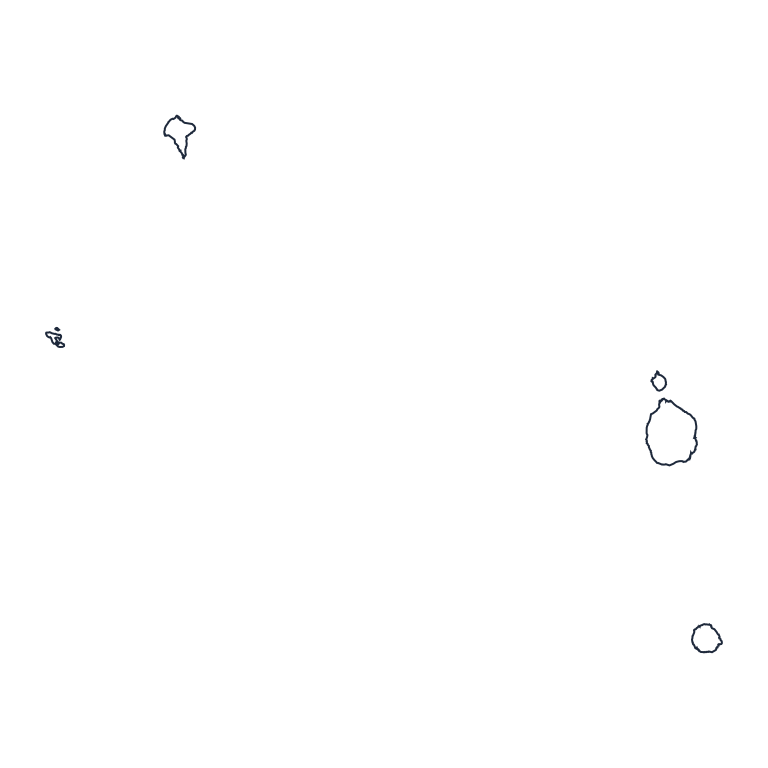 outline of Kota Ternate, Maluku Utara, Indonesia
{"feature_id": "22746128B36781349389855", "entity_name": "Kota Ternate", "entity_type": "district", "adm_level": 2, "iso_a3": "IDN", "parent_name": "Indonesia", "parent_adm1": "Maluku Utara", "projection": "robinson", "projection_center": [127.204, 0.893], "detail": "fine", "context": "isolated", "style": "outline", "palette": "slate", "viewbox_px": 768, "rotation_deg": 0, "n_neighbors": 0, "source": "geoboundaries", "source_scale": "gbopen_adm2", "svg_char_len": 6009}
<svg xmlns="http://www.w3.org/2000/svg" viewBox="0 0 768 768"><path d="M664.2,399.1L664.1,398.7L663.8,398.7L663.6,399.1L662.6,399.0L662.3,399.8L661.6,399.7L661.4,400.1L661.5,400.8L661.0,401.1L660.4,401.8L660.1,401.0L659.8,400.7L659.5,400.9L659.4,402.1L659.8,402.9L659.3,403.6L659.1,404.7L659.4,406.8L659.2,407.3L658.6,408.1L657.3,409.2L656.9,410.2L656.5,410.7L652.7,413.5L651.0,414.2L650.0,419.7L649.7,420.1L649.6,420.9L648.9,422.0L648.9,422.4L648.3,423.3L647.6,423.8L647.8,424.7L647.2,425.8L646.7,427.7L646.6,433.2L646.9,434.1L647.3,434.6L647.4,435.5L646.9,437.7L646.1,439.5L646.7,440.2L646.9,441.3L646.6,441.6L647.0,442.9L646.8,443.3L647.6,443.8L647.8,444.8L648.9,446.0L648.9,447.5L649.6,448.5L649.8,449.5L650.9,450.8L650.7,451.9L651.3,452.7L651.3,454.1L651.8,455.3L651.8,456.0L652.8,458.1L654.5,460.2L656.5,462.2L656.8,462.7L657.5,463.2L657.4,463.8L657.7,463.2L658.2,463.0L662.1,464.6L662.7,464.4L663.5,464.6L665.2,464.5L665.8,464.2L669.5,465.4L673.5,463.7L675.7,462.2L676.8,461.8L679.2,461.2L681.6,461.1L682.4,461.2L683.3,461.9L683.7,461.6L684.8,461.8L686.2,461.4L686.9,460.5L687.7,460.2L687.8,460.0L687.8,459.7L688.2,459.3L688.7,459.0L689.1,459.3L689.2,459.2L688.7,459.0L689.7,458.0L689.8,458.2L690.0,457.6L689.9,457.7L689.8,457.3L690.0,457.0L690.1,457.3L690.3,456.9L690.2,457.1L689.9,457.0L690.1,456.5L690.3,456.8L690.4,456.3L690.3,456.5L690.1,456.4L690.1,456.0L690.4,455.8L690.5,455.2L690.5,454.7L690.9,454.0L691.0,453.1L691.2,453.5L691.4,453.2L691.7,453.6L692.0,453.6L692.1,453.2L693.9,452.1L694.4,451.5L695.0,449.6L695.4,449.7L695.2,450.4L695.6,449.2L695.3,448.7L695.6,446.9L695.9,446.9L695.6,446.9L695.7,446.4L696.2,446.0L696.9,444.3L696.8,444.1L696.4,444.1L696.8,444.0L696.6,442.3L696.2,442.4L696.7,442.2L696.6,441.6L696.4,440.9L696.1,440.9L695.3,438.4L694.5,438.1L694.4,437.7L695.2,437.4L694.8,437.1L695.0,437.0L695.0,436.9L694.8,437.0L694.9,436.8L694.8,435.9L695.0,435.7L694.8,435.4L695.1,434.9L695.2,433.9L695.4,433.7L695.3,432.8L695.5,432.5L695.6,430.3L696.2,429.2L696.3,428.3L696.3,426.1L695.5,421.3L694.5,419.6L694.4,418.7L694.1,418.4L693.6,418.3L692.7,417.6L690.8,415.2L689.7,414.3L687.6,413.5L686.3,412.1L684.8,412.0L684.1,411.0L683.1,410.8L682.4,409.6L681.9,409.6L681.2,409.2L680.5,408.3L680.1,408.3L678.0,406.9L677.1,406.6L674.3,404.4L671.1,401.1L670.6,400.8L670.3,401.3L669.9,401.0L668.9,401.8L668.2,401.7L668.0,401.2L666.7,400.5L666.1,401.2L666.1,400.1L664.2,399.1ZM704.3,624.1L703.1,624.5L702.3,625.1L701.4,625.2L699.9,626.1L699.8,626.5L699.5,626.3L699.5,626.6L699.0,626.2L698.4,626.4L697.7,627.5L696.7,628.0L696.0,629.0L695.6,629.3L694.8,629.4L694.1,630.0L694.0,630.7L694.3,631.1L694.2,632.5L692.8,635.9L692.5,636.1L692.4,638.2L692.0,639.5L692.4,642.1L692.8,642.4L692.7,642.8L693.0,644.0L693.4,644.5L693.7,644.5L694.3,645.5L695.3,648.1L696.4,648.7L696.4,648.3L696.6,648.3L697.0,648.7L697.0,648.3L696.7,647.7L696.8,647.6L697.1,648.4L697.7,648.9L697.5,649.2L698.1,649.5L698.8,650.5L699.0,650.2L699.9,651.4L700.9,652.0L703.8,652.1L704.0,652.3L704.5,652.0L705.0,652.2L706.1,652.0L706.2,651.9L706.7,652.1L707.2,651.8L708.6,651.9L708.9,651.5L712.0,652.2L715.8,650.0L716.2,649.3L716.2,648.2L717.5,647.5L717.5,647.2L717.2,647.0L717.3,646.7L718.4,646.4L718.5,646.7L718.4,646.4L718.6,645.9L718.4,645.2L718.6,645.0L718.3,644.6L718.6,644.2L719.4,644.1L719.9,644.3L721.3,644.0L721.6,643.7L721.9,643.0L721.7,641.2L720.6,640.1L720.5,639.1L720.1,638.9L719.7,639.4L719.9,638.9L719.8,638.5L719.3,638.4L719.1,637.7L719.5,637.4L719.6,636.8L718.7,634.5L718.2,634.5L717.9,634.1L718.1,633.6L717.8,634.0L717.6,633.8L716.6,632.0L714.4,629.2L712.0,628.2L711.3,627.0L711.1,626.3L711.4,626.1L711.0,625.2L709.6,624.8L709.3,624.4L708.8,624.7L705.9,624.3L705.3,624.5L704.3,624.1ZM179.1,118.6L178.5,118.4L178.0,117.6L178.2,117.3L178.8,117.2L178.8,116.8L176.9,115.7L176.1,116.3L175.6,117.5L174.5,118.4L173.4,119.0L172.8,118.7L171.1,119.4L170.0,120.3L169.1,121.5L168.3,122.2L168.3,122.6L165.8,126.2L164.8,128.6L164.8,130.1L164.3,131.3L164.3,132.7L164.8,133.7L164.4,133.7L164.4,133.9L165.1,135.7L166.1,135.8L166.5,135.5L168.7,135.3L174.5,139.6L174.9,141.5L174.9,142.8L175.4,143.7L176.2,144.0L178.2,146.2L177.8,147.3L177.9,147.7L179.1,149.3L179.6,151.0L179.8,151.1L180.1,150.4L180.5,150.5L180.3,151.4L181.9,153.3L182.3,154.8L182.9,154.8L183.0,155.3L183.4,155.4L183.5,156.4L182.8,157.2L183.3,158.2L183.8,158.3L183.8,157.6L185.5,155.4L185.8,154.7L185.4,152.7L185.3,149.2L185.9,147.9L185.9,146.8L186.5,146.0L186.7,143.5L186.3,140.8L186.8,139.2L186.6,137.9L186.1,137.0L186.8,136.0L188.2,135.6L188.8,134.8L190.4,133.8L191.3,132.7L191.9,132.9L192.8,131.7L194.3,130.8L194.5,130.2L195.0,129.7L195.1,127.6L194.2,125.8L192.1,124.0L184.5,122.8L182.8,121.5L182.4,120.7L180.3,120.1L179.9,119.4L180.3,118.5L180.2,118.3L179.1,118.6ZM658.2,372.2L657.6,371.9L657.5,372.3L657.4,372.0L657.1,372.3L657.0,372.2L656.8,373.5L656.2,373.7L655.5,374.6L655.3,375.0L655.7,375.8L655.3,377.2L653.7,378.3L653.2,378.5L652.7,378.2L652.5,379.5L651.7,379.9L651.4,381.2L651.9,381.7L652.4,381.7L652.8,382.0L653.0,383.8L653.6,385.3L656.0,387.8L656.4,388.7L657.0,389.2L657.3,390.1L659.3,390.7L662.1,389.6L664.2,387.5L664.7,387.2L665.3,386.1L665.3,385.4L666.1,384.5L665.8,383.3L666.0,382.1L665.7,381.6L665.4,379.7L665.1,378.8L663.4,377.0L661.2,375.4L658.7,374.7L658.3,374.0L658.7,373.6L658.6,372.9L658.2,372.2ZM50.3,332.4L49.5,332.2L48.8,332.5L46.4,332.6L46.1,333.0L46.1,333.9L47.1,336.0L48.5,337.1L49.7,337.5L50.2,337.1L51.1,338.1L52.4,342.0L53.6,343.5L54.0,343.8L55.3,343.7L58.2,346.6L59.7,347.0L62.5,346.9L64.0,346.1L64.1,344.9L63.8,344.2L62.5,343.8L61.2,342.7L59.9,342.7L58.1,342.2L57.8,342.5L57.9,342.9L58.8,343.3L58.8,343.6L58.3,344.1L58.0,343.5L57.4,343.5L57.0,343.0L56.0,342.5L56.1,342.2L57.2,341.9L57.2,341.2L55.2,338.1L56.0,337.6L57.6,337.5L59.0,338.2L59.6,339.8L60.0,339.6L61.1,336.9L61.0,335.8L60.3,334.9L59.6,334.8L59.2,335.2L58.9,335.2L58.1,334.6L57.0,334.6L55.5,333.8L54.5,333.9L51.7,333.2L50.3,332.4ZM56.6,327.9L56.0,328.1L55.3,328.8L55.5,329.3L58.0,330.5L59.1,329.8L57.2,328.0L56.6,327.9Z" fill="none" stroke="#1e293b" stroke-width="2"/></svg>